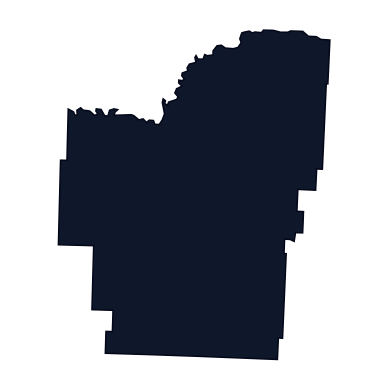 outline of Valley, Montana, United States of America, rotated 182°
{"feature_id": "52423323B15703516824983", "entity_name": "Valley", "entity_type": "district", "adm_level": 2, "iso_a3": "USA", "parent_name": "United States of America", "parent_adm1": "Montana", "projection": "orthographic", "projection_center": [-106.597, 48.331], "detail": "fine", "context": "isolated", "style": "filled", "palette": "ink", "viewbox_px": 384, "rotation_deg": 182, "n_neighbors": 0, "source": "geoboundaries", "source_scale": "gbopen_adm2", "svg_char_len": 1551}
<svg xmlns="http://www.w3.org/2000/svg" viewBox="0 0 384 384"><g transform="rotate(182 192 192)"><path d="M224.1,284.1L224.8,280.4L222.2,269.2L224.2,263.1L227.0,258.4L231.5,258.3L233.0,262.1L237.2,262.3L240.0,260.0L243.4,263.4L247.6,262.2L252.7,266.2L255.2,267.1L272.3,266.0L271.9,268.9L269.1,271.7L272.8,272.4L277.2,270.8L278.8,264.9L282.0,265.3L285.7,271.3L290.6,271.8L290.9,269.4L288.8,266.9L291.9,265.1L297.1,269.4L303.6,270.0L306.2,272.3L309.9,269.7L309.4,264.8L311.9,264.8L313.1,267.9L318.6,270.6L318.2,228.2L318.1,219.3L324.5,219.2L323.7,134.6L288.4,134.9L287.9,70.9L266.8,71.0L266.7,49.7L273.1,49.7L273.0,27.8L251.5,27.9L230.1,28.0L214.5,28.0L185.0,28.0L135.8,27.8L100.8,27.6L100.6,49.1L96.4,49.0L95.7,133.7L97.9,133.7L97.8,148.1L92.3,148.0L88.2,146.2L87.1,155.0L80.0,155.0L79.9,165.0L79.9,176.3L86.5,176.4L86.3,198.3L68.5,198.1L68.2,219.4L62.5,219.3L61.6,304.8L60.0,304.8L59.5,348.7L68.5,349.0L73.2,351.6L81.1,351.7L86.9,356.4L99.1,356.4L101.8,355.0L109.2,354.8L116.4,356.4L126.2,356.3L128.2,353.7L134.6,354.1L137.3,353.1L140.4,354.8L145.8,353.5L147.8,352.7L149.6,346.8L148.1,342.9L151.0,338.2L155.6,336.7L163.6,337.0L167.8,339.7L172.1,339.0L175.9,333.8L175.8,329.7L181.5,328.8L184.1,329.8L185.5,325.2L190.7,325.1L192.7,328.5L193.8,326.6L192.6,321.7L199.1,319.7L201.3,315.8L200.3,312.9L205.9,310.6L206.3,307.9L203.6,304.4L205.7,303.0L209.1,303.4L209.1,300.5L205.7,297.4L211.0,294.7L212.6,290.3L209.3,286.8L210.5,284.0L218.6,281.0L219.4,277.9L222.4,279.5L221.7,282.3L224.1,284.1Z" fill="#0f172a" stroke="#020617" stroke-width="1.5"/></g></svg>